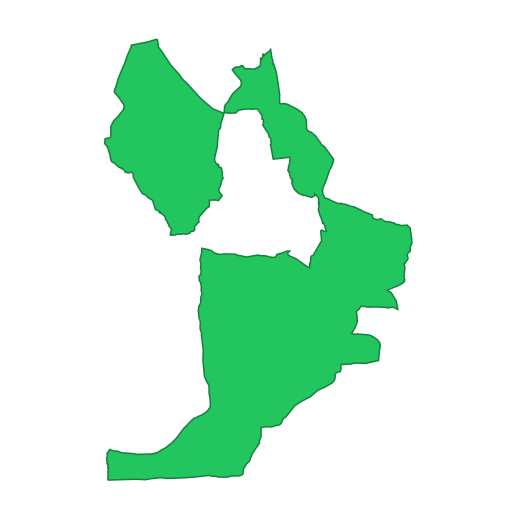 Arusha, Arusha, United Republic of Tanzania, rotated 178°
{"feature_id": "72390352B32479700182608", "entity_name": "Arusha", "entity_type": "district", "adm_level": 2, "iso_a3": "TZA", "parent_name": "United Republic of Tanzania", "parent_adm1": "Arusha", "projection": "orthographic", "projection_center": [36.712, -3.359], "detail": "fine", "context": "isolated", "style": "filled", "palette": "green", "viewbox_px": 512, "rotation_deg": 178, "n_neighbors": 0, "source": "geoboundaries", "source_scale": "gbopen_adm2", "svg_char_len": 6095}
<svg xmlns="http://www.w3.org/2000/svg" viewBox="0 0 512 512"><g transform="rotate(178 256 256)"><path d="M153.3,202.0L149.4,201.8L146.7,201.1L136.0,200.8L127.3,200.0L125.7,199.3L123.6,200.1L120.8,200.1L116.0,197.6L117.6,206.7L122.2,214.7L126.1,217.3L113.5,222.0L109.6,224.3L108.6,225.6L108.1,227.0L108.6,227.1L108.7,231.0L107.6,238.6L107.7,240.5L108.4,241.3L107.9,243.2L107.2,243.4L107.2,244.2L104.7,246.9L104.1,248.3L104.9,251.2L104.5,253.0L101.5,255.7L101.7,259.6L99.7,263.2L100.0,269.6L101.0,278.6L101.9,279.8L103.9,281.1L104.0,281.7L105.0,281.3L106.2,281.6L109.6,281.3L112.9,282.6L113.7,282.4L115.0,282.8L117.0,284.4L118.0,284.3L121.6,285.6L123.8,285.5L125.4,285.9L127.9,287.2L129.7,288.8L133.0,288.2L134.8,288.3L138.0,289.7L138.2,292.9L145.9,296.2L155.8,301.5L161.7,303.0L161.7,303.3L164.7,304.5L168.2,305.1L169.3,305.8L170.5,305.4L172.7,305.8L179.6,309.0L180.5,310.0L185.0,311.6L186.9,315.2L187.3,318.5L187.0,320.5L186.1,323.6L185.5,324.1L183.0,329.8L179.3,339.8L178.2,341.2L175.4,347.4L175.1,350.0L183.5,362.6L186.3,364.8L187.3,366.1L188.4,368.4L189.0,368.7L192.4,374.2L195.1,376.3L196.3,377.9L197.5,377.9L200.5,379.9L200.9,382.0L201.1,390.4L202.7,394.4L204.2,396.2L204.6,397.4L209.8,401.2L219.1,406.5L222.5,407.3L225.6,407.2L227.0,407.8L226.9,414.6L226.6,415.9L228.9,436.4L229.5,439.7L231.6,447.3L232.2,446.9L232.4,450.6L233.2,453.5L234.2,461.9L236.2,459.5L237.3,459.2L240.3,456.5L241.5,457.6L241.9,457.5L242.3,456.4L241.5,455.7L242.8,454.4L242.9,452.8L243.4,452.8L243.6,453.4L244.7,453.3L244.5,451.9L244.9,447.2L245.1,446.4L246.6,444.9L250.3,443.3L253.0,442.7L255.0,443.3L260.4,443.4L262.7,446.6L264.5,446.6L265.9,445.5L270.1,445.5L273.2,443.1L271.5,440.2L265.1,432.2L264.5,429.2L265.3,426.3L273.9,418.7L277.2,413.7L277.8,412.0L281.4,408.2L282.2,406.3L282.9,399.9L281.6,400.5L279.5,399.8L272.1,399.6L271.1,399.8L269.6,401.0L268.9,402.2L262.7,403.1L258.6,403.3L254.1,402.7L251.0,403.2L249.1,402.4L244.9,395.7L245.3,392.7L244.0,392.4L243.7,391.3L244.1,390.2L243.8,388.2L244.8,386.8L239.0,377.1L238.8,374.7L237.2,372.8L236.7,371.5L237.2,370.4L236.8,368.3L237.2,366.8L237.6,366.8L235.4,352.2L218.9,353.5L218.5,352.0L219.6,345.9L220.4,344.8L220.4,342.6L221.2,340.4L219.9,338.2L218.7,332.5L217.0,331.7L217.6,330.2L216.5,329.6L217.5,328.6L217.6,327.1L215.6,321.6L211.5,317.2L207.0,315.1L207.0,315.6L198.4,312.6L195.4,314.1L195.0,316.0L191.4,311.8L191.6,306.0L191.0,306.2L192.0,300.0L190.7,294.6L188.6,288.8L188.3,286.4L187.5,286.7L185.7,282.6L185.9,282.2L184.8,278.2L186.3,278.1L189.3,279.6L190.5,278.9L189.9,269.0L199.0,254.5L200.7,254.1L201.3,252.6L201.4,249.6L202.2,247.1L202.0,246.5L202.6,246.3L202.8,242.5L205.6,243.8L216.1,251.9L222.7,255.0L224.2,256.5L223.9,258.6L221.3,259.9L225.5,259.7L229.2,258.2L235.1,256.9L235.0,256.3L237.2,254.0L240.3,254.1L241.7,254.6L242.5,254.4L244.7,255.4L247.9,256.0L250.8,256.1L254.2,256.9L265.6,255.3L272.8,257.2L273.4,256.9L276.8,258.6L288.3,259.2L291.1,258.8L294.5,259.4L298.4,260.9L299.7,262.5L303.4,264.1L309.9,265.6L310.2,261.1L311.8,255.7L312.1,253.6L311.3,250.5L311.9,244.5L311.2,242.8L312.1,239.5L313.7,237.7L313.5,233.1L312.5,232.1L311.7,227.2L312.0,223.6L311.3,220.2L312.8,216.0L312.7,211.6L314.7,208.0L315.6,203.4L315.0,195.9L313.9,191.9L314.4,186.1L314.2,184.1L313.1,181.3L313.3,178.2L312.0,163.9L312.7,153.8L311.7,137.4L309.6,131.9L307.5,128.4L307.7,121.5L306.8,113.6L306.8,108.9L307.4,106.1L310.1,102.7L312.6,100.9L315.6,99.1L320.6,97.1L321.3,96.5L324.0,95.9L334.3,86.1L341.8,76.8L346.7,72.1L352.8,67.7L361.8,62.9L366.9,61.8L381.7,61.9L385.1,62.7L397.3,64.1L401.4,65.9L404.2,66.0L408.3,67.3L408.7,67.8L411.8,64.0L411.5,61.4L412.1,59.8L412.3,56.3L411.4,54.7L412.3,53.6L411.1,52.7L411.6,50.2L410.7,48.9L411.3,48.5L411.1,47.3L411.7,45.0L411.4,42.7L411.9,38.4L411.5,37.2L384.1,37.1L374.2,36.3L368.6,37.1L358.2,37.8L353.3,36.8L336.9,36.8L325.5,37.2L310.5,38.4L308.2,37.5L303.9,37.3L301.1,36.3L292.0,36.0L288.5,37.0L280.2,36.9L277.3,37.9L276.4,39.4L275.8,44.0L272.5,48.8L269.7,51.2L266.7,58.5L258.9,69.1L259.1,71.1L257.2,75.4L256.9,84.4L252.1,85.0L246.1,84.6L241.6,86.0L238.3,86.5L236.7,87.9L235.1,91.4L233.7,93.0L232.0,93.9L222.5,105.0L215.5,109.2L206.4,113.6L199.0,119.6L190.4,123.2L183.9,126.8L181.9,129.3L181.2,131.6L181.0,134.7L180.1,136.2L178.4,137.2L177.0,137.2L175.8,137.6L174.9,140.2L175.1,143.8L174.2,144.6L164.7,144.7L162.8,145.3L159.0,145.5L150.1,144.9L137.2,147.3L135.9,157.3L134.9,161.8L135.4,165.1L137.9,168.3L142.7,171.8L146.0,173.2L157.1,174.5L161.3,174.4L163.0,175.3L159.4,181.2L157.1,186.3L157.0,191.6L157.7,197.2L154.5,199.5L153.3,202.0ZM391.8,424.4L387.6,419.3L382.5,411.1L382.9,408.4L383.8,406.4L389.0,400.3L393.5,396.1L395.8,392.0L396.7,389.8L396.8,381.4L397.3,379.8L398.2,379.1L400.5,379.0L402.7,378.5L403.3,373.7L401.2,370.9L400.0,368.4L398.2,361.0L398.0,358.3L397.2,355.8L396.2,354.6L394.4,354.2L394.0,353.5L389.7,349.3L389.1,349.3L388.2,348.6L387.7,348.9L386.5,347.5L385.7,347.4L383.7,345.1L383.7,344.1L382.2,344.3L381.0,343.4L377.5,344.1L375.9,342.8L375.9,338.9L369.9,326.4L368.0,323.6L367.7,322.8L367.2,322.1L364.4,321.0L361.4,317.8L357.4,315.2L355.1,306.5L354.3,305.6L350.5,303.8L350.4,303.4L351.1,303.3L351.2,302.9L348.2,301.2L345.4,298.4L345.1,295.5L344.0,294.5L343.3,292.3L342.5,291.3L342.2,289.5L339.5,285.6L341.1,280.1L339.9,279.7L335.7,279.9L334.0,280.5L329.7,280.3L328.5,280.8L324.9,280.2L321.4,281.1L320.1,282.7L317.2,283.2L316.3,284.6L316.5,286.8L316.1,287.8L312.3,291.7L311.8,291.8L312.0,295.0L311.2,297.3L303.7,305.3L301.0,307.1L300.5,313.4L294.6,313.4L291.6,312.7L287.7,317.5L291.1,322.4L290.1,325.6L288.6,328.5L288.1,331.3L286.9,334.1L286.2,334.7L286.9,337.7L286.6,341.5L287.5,343.0L287.2,344.0L287.8,345.7L289.7,345.8L290.1,346.2L290.0,347.7L291.1,347.9L290.6,348.9L291.3,348.9L292.9,350.3L293.9,352.5L293.9,355.4L291.2,365.3L288.9,383.1L287.0,385.2L286.6,389.4L283.6,397.5L283.1,399.7L294.0,404.6L305.7,415.3L318.2,430.1L323.1,435.1L325.9,439.5L334.3,449.5L344.0,465.3L346.2,468.2L346.9,475.4L348.1,476.0L356.4,473.8L373.2,471.1L373.7,468.7L376.9,462.4L380.4,453.6L386.6,440.2L386.9,438.8L387.4,438.7L389.0,433.2L391.7,426.3L391.8,424.4Z" fill="#22c55e" stroke="#15803d" stroke-width="1.5"/></g></svg>